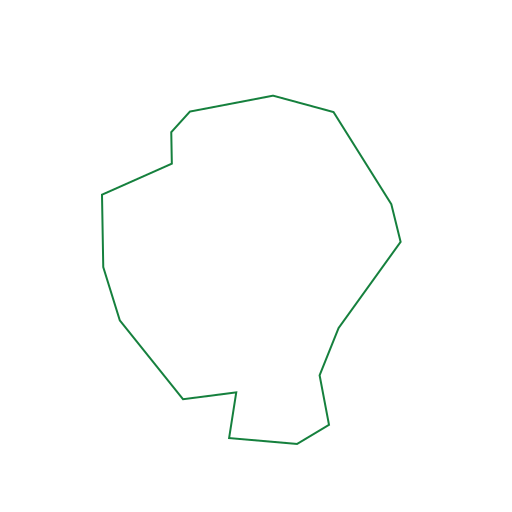 Staunton, Virginia, United States of America (Equal Earth projection), rotated 127°
{"feature_id": "52423323B96137382853901", "entity_name": "Staunton", "entity_type": "district", "adm_level": 2, "iso_a3": "USA", "parent_name": "United States of America", "parent_adm1": "Virginia", "projection": "equal_earth", "projection_center": [-79.059, 38.161], "detail": "fine", "context": "isolated", "style": "outline", "palette": "green", "viewbox_px": 512, "rotation_deg": 127, "n_neighbors": 0, "source": "geoboundaries", "source_scale": "gbopen_adm2", "svg_char_len": 380}
<svg xmlns="http://www.w3.org/2000/svg" viewBox="0 0 512 512"><g transform="rotate(127 256 256)"><path d="M117.7,338.9L180.4,395.7L208.1,398.2L232.9,378.8L299.7,415.9L356.8,371.3L389.4,326.0L414.3,228.1L376.8,189.7L417.6,167.9L381.4,110.1L346.9,96.1L313.0,133.4L263.8,146.7L157.7,149.0L133.2,179.1L94.4,280.7L117.7,338.9Z" fill="none" stroke="#15803d" stroke-width="2"/></g></svg>